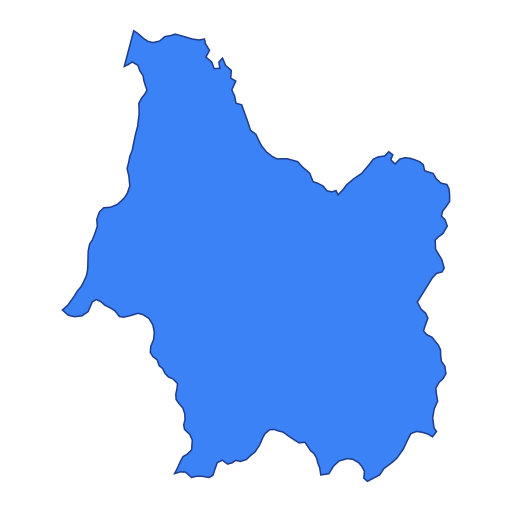 Mogi Mirim, São Paulo, Brazil
{"feature_id": "56859067B62614874395589", "entity_name": "Mogi Mirim", "entity_type": "district", "adm_level": 2, "iso_a3": "BRA", "parent_name": "Brazil", "parent_adm1": "São Paulo", "projection": "robinson", "projection_center": [-46.995, -22.438], "detail": "fine", "context": "isolated", "style": "filled", "palette": "blue", "viewbox_px": 512, "rotation_deg": 0, "n_neighbors": 0, "source": "geoboundaries", "source_scale": "gbopen_adm2", "svg_char_len": 3216}
<svg xmlns="http://www.w3.org/2000/svg" viewBox="0 0 512 512"><path d="M174.6,473.6L180.1,471.9L185.5,472.1L191.6,477.5L196.5,476.2L202.3,476.3L208.8,477.5L212.8,475.5L215.0,469.1L217.2,462.7L222.3,460.2L227.6,464.1L232.0,462.9L235.7,460.4L240.6,461.4L246.3,459.6L250.5,455.6L255.0,452.0L259.6,445.0L262.7,437.8L264.9,433.8L269.7,429.7L274.2,429.5L278.6,431.0L283.2,432.1L288.6,436.1L294.3,439.9L299.1,442.9L304.9,442.2L310.8,450.9L314.2,453.8L316.6,458.1L317.7,462.7L319.7,467.8L320.8,475.0L328.9,473.7L333.5,466.2L339.1,460.9L347.5,458.6L353.0,459.4L358.6,462.6L361.7,466.2L364.5,471.4L363.8,478.1L367.4,481.3L379.7,474.9L383.9,468.6L389.5,464.4L393.0,461.7L397.1,457.9L403.3,449.1L407.7,439.7L410.9,433.6L416.4,431.5L422.3,432.3L428.1,434.1L432.5,436.8L436.5,431.5L434.0,427.9L432.7,417.6L434.2,408.9L437.6,401.1L436.3,393.4L435.9,388.0L439.1,382.3L443.3,378.4L445.9,373.7L444.9,366.3L441.4,361.2L440.7,355.8L440.5,349.7L438.3,345.1L431.9,337.1L426.7,334.6L423.5,330.9L425.2,325.6L427.9,318.2L425.6,313.1L421.2,309.3L417.3,302.1L432.3,278.0L436.5,273.4L442.1,271.9L444.2,268.1L441.8,259.6L439.2,255.3L435.6,249.2L435.2,240.2L438.3,236.9L442.9,233.6L447.3,226.1L444.9,219.5L441.4,216.1L442.7,211.1L446.2,206.5L449.6,201.4L449.6,194.9L449.1,189.0L446.9,184.5L440.7,183.0L436.1,178.6L433.2,173.5L424.6,170.7L423.3,164.7L419.6,161.7L414.6,159.7L410.5,158.4L405.2,157.7L399.9,159.0L395.0,164.0L390.8,159.8L392.8,154.8L388.7,151.7L384.9,155.9L378.2,156.9L373.3,159.2L369.4,164.3L361.9,173.2L353.3,179.1L346.4,185.0L343.3,189.3L338.0,194.9L336.0,190.5L332.0,191.9L326.9,190.8L323.2,186.1L317.6,183.2L313.1,181.7L309.7,173.2L302.5,167.0L297.6,161.6L287.0,158.7L277.0,158.9L272.4,156.6L266.2,151.7L261.6,145.9L258.0,138.9L255.9,134.3L250.5,130.3L247.7,121.6L244.4,112.4L241.7,104.8L236.0,103.2L234.7,96.2L231.8,89.9L235.8,81.1L230.7,78.1L231.3,70.4L225.6,65.5L222.5,58.1L218.9,62.0L219.8,68.4L214.1,68.6L211.7,62.0L205.9,57.1L209.5,50.4L205.5,43.8L204.4,39.0L199.1,40.0L192.1,39.0L185.2,36.9L175.2,34.1L170.6,35.6L164.8,36.6L159.7,41.0L152.9,42.6L147.8,41.3L143.6,38.5L137.4,33.1L133.7,30.7L124.3,66.4L128.2,64.6L132.2,62.0L137.9,65.3L139.8,70.7L143.0,75.6L143.9,80.6L145.4,85.7L147.0,90.1L144.6,94.4L141.6,98.0L138.8,103.4L139.1,110.0L139.0,115.6L138.3,120.6L137.7,126.0L135.7,133.5L133.7,142.8L132.2,150.4L129.8,156.4L128.7,162.2L127.1,168.6L128.9,176.3L129.8,186.0L127.3,193.2L124.4,197.8L121.1,201.1L117.6,204.2L110.8,207.2L103.7,207.8L99.3,212.1L96.8,219.5L97.3,226.4L94.6,234.3L92.4,239.8L89.6,244.2L88.2,251.0L87.8,265.8L87.5,270.4L86.5,275.4L83.8,281.6L81.0,286.8L77.5,290.8L73.9,296.7L67.9,305.1L62.4,310.0L68.2,315.2L74.6,316.7L81.9,315.9L88.1,311.6L92.2,302.1L96.2,299.5L101.1,301.8L104.8,305.2L110.3,307.9L114.9,310.8L119.4,316.5L123.5,317.2L130.1,315.7L138.0,313.3L143.0,314.6L149.0,318.5L152.9,325.0L154.3,332.3L153.6,339.5L150.8,346.3L150.3,352.4L152.8,356.5L157.2,359.9L159.1,365.7L162.7,368.6L165.1,373.5L168.4,377.0L173.0,378.9L177.5,383.6L177.0,388.5L175.8,394.2L176.1,399.5L178.8,403.4L182.8,407.9L184.8,413.8L185.0,419.7L183.7,424.8L184.5,429.4L189.9,434.6L192.3,440.1L191.6,449.9L187.2,454.2L183.0,456.6L180.6,461.0L177.3,468.3L174.6,473.6Z" fill="#3b82f6" stroke="#1e3a8a" stroke-width="1.5"/></svg>